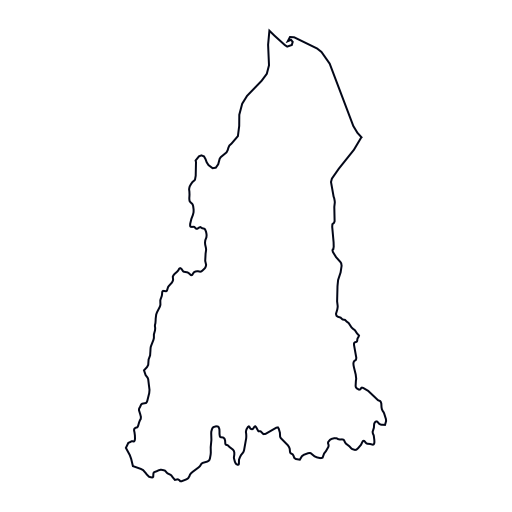 the State of Kelantan
{"feature_id": "MYS-1144", "entity_name": "Kelantan", "entity_type": "State", "adm_level": 1, "iso_a3": "MYS", "parent_name": "Malaysia", "parent_adm1": "", "projection": "equal_earth", "projection_center": [101.974, 5.407], "detail": "fine", "context": "isolated", "style": "outline", "palette": "ink", "viewbox_px": 512, "rotation_deg": 0, "n_neighbors": 0, "source": "natural_earth", "source_scale": "10m", "svg_char_len": 6109}
<svg xmlns="http://www.w3.org/2000/svg" viewBox="0 0 512 512"><path d="M212.6,168.2L215.8,167.7L218.2,164.3L219.7,158.7L220.8,157.1L226.5,152.4L227.7,150.1L228.4,147.7L229.4,145.5L231.5,143.6L237.9,136.1L239.2,126.0L239.3,114.7L242.2,103.7L247.1,95.8L261.6,80.8L266.8,73.8L269.0,65.3L268.1,44.7L269.4,30.7L274.4,35.6L284.9,45.1L287.2,46.6L291.8,45.0L292.7,41.9L291.0,39.8L287.8,41.2L290.0,37.0L294.2,37.3L317.1,48.5L321.5,52.0L329.7,63.7L353.3,126.0L357.4,132.8L361.5,137.3L361.1,137.7L353.9,149.8L338.8,168.7L331.9,178.6L331.0,182.0L333.6,196.6L334.2,198.3L334.7,201.0L334.8,202.5L334.3,206.9L334.6,221.2L334.3,222.0L334.0,222.8L332.4,224.2L332.2,226.8L333.6,242.4L333.7,246.7L333.3,249.2L332.7,249.5L332.5,250.4L332.9,252.0L336.1,257.2L340.4,262.0L341.2,263.3L341.6,265.8L340.6,272.4L338.1,280.0L337.5,286.1L337.1,301.4L337.6,305.4L337.7,306.5L337.6,307.5L337.3,309.4L336.0,313.8L336.2,314.8L336.6,315.9L338.0,316.8L340.6,317.6L342.1,319.1L342.7,319.5L345.0,319.9L346.7,321.6L348.2,322.7L348.7,323.1L351.5,327.4L353.2,329.0L354.4,329.8L355.1,330.5L357.0,333.4L359.0,335.5L358.6,336.7L357.7,338.2L357.4,338.9L357.2,340.7L356.9,341.5L356.3,341.9L354.9,342.3L354.3,342.8L354.0,343.5L354.0,344.9L356.3,357.8L356.1,359.2L355.7,360.1L354.5,360.8L354.1,361.3L353.7,362.0L353.4,363.2L353.5,365.0L353.9,367.1L355.7,374.5L356.2,378.8L355.9,380.9L355.6,386.0L355.9,387.3L356.8,388.4L358.9,389.6L359.8,389.6L360.5,389.1L361.3,387.9L361.9,387.6L363.3,388.0L368.2,390.9L378.0,400.2L380.2,401.1L380.8,402.0L381.3,403.5L381.5,407.2L381.9,409.3L382.9,411.3L383.6,412.2L384.1,413.3L385.9,419.0L386.1,421.0L385.0,424.9L381.1,424.7L379.4,424.0L377.4,421.8L376.8,421.4L376.0,421.5L375.2,422.0L374.3,423.4L374.1,424.6L373.9,427.7L372.6,431.9L372.9,433.6L373.6,435.1L373.8,435.9L374.3,439.9L374.4,442.0L374.3,443.0L374.0,443.9L373.5,444.5L372.8,444.7L370.2,444.0L367.2,443.7L366.4,443.3L365.7,442.7L365.3,442.1L364.3,441.0L363.7,440.8L362.9,441.1L362.2,442.3L361.0,444.8L358.0,448.3L356.6,449.5L355.8,449.9L354.8,449.9L352.1,449.0L351.3,448.4L349.4,446.3L346.0,443.7L345.1,442.5L344.1,440.4L343.6,439.8L342.8,439.5L341.7,439.4L339.9,439.5L338.9,439.3L338.0,439.1L336.7,438.3L334.3,438.2L331.6,438.9L330.0,439.8L328.2,442.0L328.0,443.0L328.2,443.9L328.5,444.6L328.6,445.5L328.5,446.4L328.2,447.2L325.9,451.2L324.1,453.5L322.6,457.6L321.6,458.0L320.2,458.1L317.0,457.4L314.5,456.3L310.6,453.1L309.5,453.0L308.1,453.2L303.8,454.8L301.9,456.2L299.8,459.7L295.8,459.0L295.1,458.5L294.3,457.9L293.4,455.5L292.6,454.3L290.7,453.3L290.2,452.6L290.0,451.8L289.7,448.8L289.1,447.2L287.9,445.3L280.8,438.1L280.4,437.4L280.1,436.6L279.9,432.7L278.7,428.6L277.9,427.4L276.3,427.7L265.5,433.9L263.4,434.1L260.7,431.4L260.0,431.2L258.6,431.3L258.1,430.8L256.2,427.3L255.3,426.3L254.9,426.4L254.3,426.9L253.3,428.4L252.6,429.1L251.3,429.1L250.5,428.7L250.0,428.0L249.3,426.6L248.7,426.4L247.9,427.0L246.5,429.3L246.1,430.7L245.9,432.0L246.2,433.9L246.3,436.1L246.2,438.2L244.1,450.0L243.6,451.6L243.1,452.5L241.0,455.1L239.9,457.3L239.0,459.7L238.9,463.9L238.5,464.6L237.8,464.8L236.4,464.2L235.7,463.4L234.9,461.8L234.0,458.4L233.9,457.5L234.3,454.6L234.3,453.6L234.3,452.5L233.8,450.8L232.9,449.6L229.5,447.0L228.0,445.5L227.3,445.1L226.2,444.9L225.6,444.4L225.3,443.6L225.1,440.6L224.6,438.9L223.6,437.8L223.0,437.5L220.7,437.2L220.1,436.8L219.8,436.1L219.5,434.0L219.5,431.7L219.4,429.5L219.2,428.6L218.6,427.1L218.0,426.6L217.2,426.4L216.1,426.3L213.4,427.1L212.6,427.9L212.0,429.1L211.3,431.6L211.2,433.2L211.4,439.9L210.7,447.2L210.8,452.7L210.6,454.8L209.9,458.6L209.3,460.1L208.5,460.9L207.2,461.6L202.7,462.9L201.5,463.7L199.9,466.2L198.6,467.4L192.7,471.8L191.0,473.3L190.0,474.6L189.4,476.2L188.2,478.2L187.2,478.9L185.8,479.6L181.4,481.3L180.2,481.2L179.4,480.2L177.8,479.3L174.9,479.9L172.7,477.3L171.3,475.4L170.5,474.8L167.6,473.4L166.7,472.6L165.6,471.3L164.9,470.6L163.5,470.2L160.9,469.7L158.6,470.3L156.8,471.2L154.3,472.1L153.7,472.7L153.4,473.6L153.2,476.8L152.6,477.4L151.4,477.4L149.1,476.8L146.6,474.3L146.0,473.4L143.1,470.1L140.8,468.9L132.9,466.1L131.2,459.0L129.8,455.1L125.9,447.9L128.3,442.9L130.3,442.0L131.5,441.3L132.2,441.2L133.5,441.5L134.2,441.3L134.7,440.4L135.0,438.9L134.9,435.5L134.5,432.4L134.1,430.6L134.1,429.6L134.4,428.7L135.5,427.8L137.1,427.4L137.8,426.6L138.3,425.2L139.1,422.4L140.1,419.9L140.6,419.3L140.8,418.3L140.9,416.9L140.3,414.5L139.0,410.3L139.0,409.4L139.2,408.4L139.9,407.3L141.1,404.6L141.6,404.1L142.2,403.7L146.0,403.0L146.7,402.2L147.3,400.8L149.2,393.2L149.5,389.9L148.2,379.3L147.6,377.7L145.6,375.1L144.0,370.3L147.0,367.1L148.2,364.9L148.6,359.5L150.1,355.4L150.4,351.2L150.5,349.1L150.7,347.1L151.2,345.6L153.4,340.0L153.9,338.0L153.9,334.4L155.0,330.4L155.2,328.1L154.9,326.0L155.0,324.8L155.4,323.2L155.6,320.7L155.7,318.5L156.2,314.5L157.0,312.3L159.8,306.8L160.2,305.6L160.4,304.7L160.3,300.4L160.6,299.2L161.7,296.2L162.0,294.8L162.2,292.4L162.4,291.5L163.1,290.9L164.4,291.0L165.4,291.2L166.2,291.2L166.9,290.7L167.4,289.2L168.1,287.0L168.8,286.0L171.9,282.6L172.7,281.1L173.1,279.8L172.8,276.7L173.4,275.4L174.5,274.0L177.0,271.8L178.2,270.5L179.2,268.7L179.8,268.3L180.5,268.2L181.6,269.1L183.1,271.3L183.7,271.7L187.5,272.4L188.7,273.1L190.9,275.1L191.4,275.2L192.2,274.9L193.4,273.0L194.3,272.0L195.9,271.4L197.9,271.2L200.1,271.7L200.9,271.6L201.6,271.2L202.4,270.6L204.7,268.4L205.3,267.6L205.9,266.0L206.1,264.8L205.2,260.9L205.6,253.4L206.0,250.7L206.1,249.4L205.9,247.8L205.2,244.7L205.0,242.7L205.3,240.2L206.4,237.3L206.6,235.1L206.4,233.5L206.0,231.6L205.0,229.3L204.2,228.7L202.1,228.2L200.4,227.1L199.2,227.5L197.4,228.7L196.7,228.8L196.0,228.6L194.4,227.0L193.9,226.8L191.5,226.9L190.8,226.8L190.3,226.4L190.1,225.3L190.2,223.7L191.4,218.8L192.8,215.2L193.5,212.6L193.6,211.2L193.6,209.5L193.2,206.4L192.8,204.9L192.2,203.8L190.7,202.5L189.7,201.3L189.4,200.0L189.3,198.2L189.5,194.8L189.4,191.8L189.1,189.3L189.3,188.0L189.7,186.4L191.0,184.1L192.4,182.1L194.6,180.2L195.0,179.6L195.7,175.8L196.0,162.1L195.6,160.5L199.0,156.3L201.4,155.4L204.0,156.4L205.5,159.1L206.7,162.3L208.5,165.1L212.6,168.2Z" fill="none" stroke="#020617" stroke-width="2"/></svg>